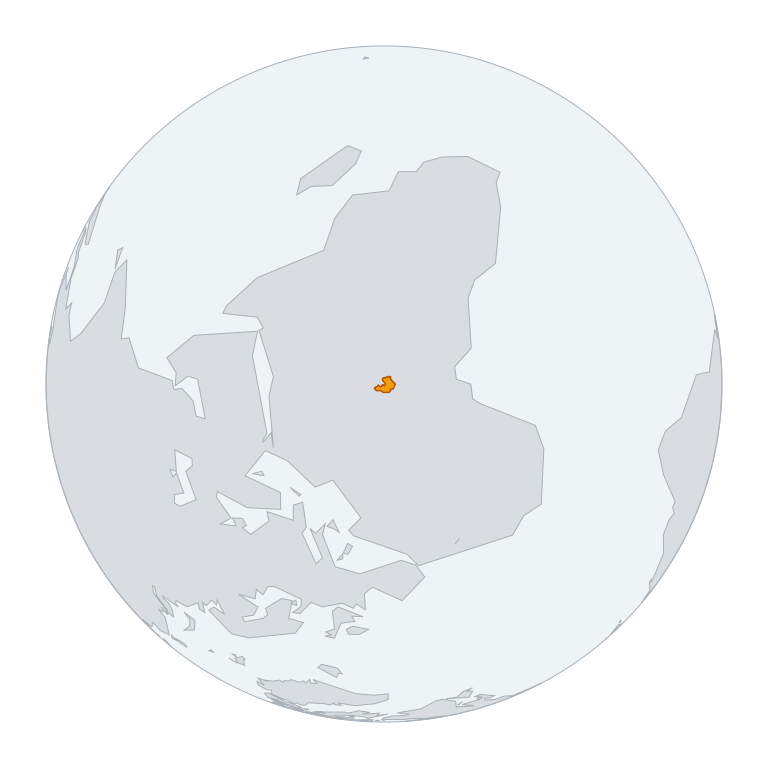 the Earth from above Guéra, rotated 208°
{"feature_id": "TCD-1474", "entity_name": "Guéra", "entity_type": "Prefecture", "adm_level": 1, "iso_a3": "TCD", "parent_name": "Chad", "parent_adm1": "", "projection": "orthographic", "projection_center": [19.056, 11.461], "detail": "fine", "context": "on_globe", "style": "filled", "palette": "amber", "viewbox_px": 768, "rotation_deg": 208, "n_neighbors": 0, "source": "natural_earth", "source_scale": "10m", "svg_char_len": 10175}
<svg xmlns="http://www.w3.org/2000/svg" viewBox="0 0 768 768"><g transform="rotate(208 384 384)"><circle cx="384" cy="384" r="338" fill="#eef3f6" stroke="#a8b0b8"/><path d="M273.4,64.7L273.8,64.7L266.0,67.5L273.1,65.2L280.2,62.8L285.6,61.2L286.6,61.3L276.8,64.4L274.9,64.9L272.5,65.9L267.2,67.6L270.4,66.8L258.4,71.3L271.5,67.2L263.0,71.2L254.7,74.2L254.0,73.3L236.1,80.2L273.4,64.7ZM206.6,96.4L194.7,104.7L185.8,110.8L174.9,119.3L180.4,115.6L190.9,107.8L198.5,104.1L210.5,96.1L215.3,93.9L228.2,86.8L227.9,88.8L220.5,94.9L209.8,101.2L206.3,104.5L217.8,99.9L199.1,114.3L189.0,129.1L183.9,133.3L171.8,137.5L168.5,132.9L152.8,142.4L164.5,137.7L151.8,150.0L150.3,153.2L151.9,153.9L157.4,150.0L153.4,155.1L140.2,160.6L143.7,156.0L147.8,154.0L146.2,152.4L137.2,158.0L131.5,164.8L124.1,169.2L119.9,174.5L115.9,179.0L123.1,170.0L110.0,186.9L104.7,193.8L118.7,174.7L134.0,156.6L150.5,139.7L168.2,124.0L186.9,109.5L206.6,96.4ZM53.5,313.8L54.0,311.7L50.3,330.9L53.7,315.4L52.2,326.5L56.1,332.8L54.9,336.6L57.6,365.5L66.6,382.2L68.6,398.0L67.0,405.9L71.4,410.9L71.6,416.7L94.6,435.1L110.9,454.6L113.4,474.6L105.7,493.7L112.5,538.9L102.4,547.5L109.2,565.0L117.5,587.4L110.2,580.8L122.0,596.0L125.8,601.8L124.2,600.1L108.7,579.9L94.7,558.7L82.4,536.4L71.8,513.3L63.0,489.5L55.9,465.1L50.8,440.2L47.5,414.9L46.1,389.6L46.7,364.1L49.1,338.8L53.5,313.8ZM69.1,261.4L67.5,265.6L67.7,265.1L69.1,261.4ZM227.6,86.4L227.8,86.6L225.3,87.8L227.6,86.4ZM232.9,83.4L229.7,84.6L231.8,83.4L233.7,82.6L232.9,83.4ZM236.3,82.3L235.8,81.1L239.5,79.1L249.8,75.0L236.3,82.3ZM282.0,62.1L274.5,64.6L279.9,62.6L282.0,62.1ZM311.6,53.9L307.0,55.0L299.3,56.9L305.7,55.4L284.1,61.3L286.2,60.6L311.6,53.9ZM288.3,60.5L289.0,60.0L299.0,57.2L299.4,57.7L296.0,58.4L288.3,60.5ZM294.2,59.0L299.3,58.1L295.5,59.6L288.2,60.8L294.2,59.0ZM301.4,56.4L306.2,55.3L303.6,56.0L301.4,56.4ZM284.7,65.8L285.3,64.6L290.5,62.9L284.7,65.8ZM301.5,57.7L302.8,57.2L304.9,56.6L307.4,56.4L301.5,57.7ZM318.8,52.5L318.5,52.6L325.0,51.3L327.6,51.0L317.3,53.0L322.9,52.0L323.7,52.0L314.4,53.8L318.8,52.5ZM316.4,54.6L304.2,58.0L301.9,60.1L297.2,61.5L301.8,57.9L316.4,54.6ZM316.0,53.9L315.2,54.5L309.7,55.6L306.9,55.8L316.0,53.9ZM333.1,50.3L331.7,50.2L334.0,49.8L333.1,50.3ZM316.8,54.9L319.7,54.2L317.3,54.9L316.8,54.9ZM329.3,51.3L328.5,51.2L331.1,50.7L329.3,51.3ZM326.2,53.0L322.3,53.9L320.3,54.0L326.2,53.0ZM328.5,52.0L332.3,51.5L321.9,53.4L327.7,52.0L328.5,52.0ZM331.9,50.9L333.2,50.6L331.9,51.0L331.9,50.9ZM336.2,52.9L323.6,55.3L319.1,55.1L332.0,52.7L336.2,52.9ZM641.0,164.5L642.6,166.5L644.7,169.0L659.8,188.7L673.3,209.4L685.3,231.0L695.7,253.5L698.5,261.3L700.8,267.4L697.9,262.0L701.6,275.6L712.7,306.8L714.9,316.9L717.3,339.0L716.1,331.5L708.7,317.4L712.6,342.1L718.4,359.2L720.6,382.2L718.5,377.0L715.7,357.1L713.0,351.5L709.9,330.1L700.3,300.8L697.9,309.1L694.4,296.7L680.9,274.6L675.4,286.1L669.0,324.3L674.2,356.7L669.3,372.9L648.4,330.3L637.2,300.5L630.8,305.1L608.4,282.9L572.8,287.6L566.8,280.4L560.3,285.2L544.4,279.3L534.8,267.4L525.5,269.4L550.9,300.8L560.7,298.9L567.5,284.6L572.8,296.4L588.1,305.3L574.7,337.7L520.4,371.2L513.5,347.3L464.1,285.3L464.7,277.9L464.4,277.1L463.7,275.7L460.8,287.8L451.8,275.8L479.8,319.2L485.2,338.7L519.6,372.7L516.8,376.9L527.4,383.5L559.4,370.7L559.9,378.8L545.8,418.4L500.0,473.8L505.3,507.3L500.5,536.1L470.2,556.9L471.1,578.1L455.2,586.6L453.0,598.5L439.2,611.7L416.8,624.2L380.7,625.4L379.8,615.0L363.8,594.5L342.2,542.8L352.8,518.5L350.1,499.4L323.8,456.5L329.7,432.4L322.3,422.2L307.3,424.6L298.6,412.4L289.4,411.9L230.9,418.5L212.4,401.7L188.8,351.9L198.8,333.2L199.6,310.9L268.2,239.8L284.0,244.4L339.5,235.7L346.6,238.3L341.4,255.0L384.2,275.1L396.3,260.7L433.7,270.9L457.6,269.3L463.7,237.8L424.5,239.5L416.3,224.9L446.7,210.6L480.8,210.8L478.7,205.3L456.0,193.9L462.7,183.6L448.0,189.3L454.8,194.6L445.8,198.9L439.1,194.4L441.7,190.6L431.1,188.6L421.3,208.8L427.2,216.4L400.1,221.1L407.2,234.6L400.3,241.4L385.6,221.3L386.1,213.7L359.7,193.4L356.7,201.5L381.4,221.7L374.2,220.2L370.3,233.0L367.6,222.2L341.4,199.7L316.1,205.0L286.0,236.4L270.8,239.1L257.3,232.7L266.3,201.2L299.1,199.1L302.8,189.5L294.5,175.9L305.2,176.9L305.8,171.6L318.1,170.8L333.7,158.3L345.9,156.9L350.5,141.8L357.4,139.4L352.7,148.7L356.0,155.1L386.1,153.7L391.4,150.4L392.0,141.1L400.2,142.6L396.9,133.9L413.5,130.1L390.5,127.9L390.6,118.7L399.7,111.7L395.6,108.6L380.7,120.3L378.5,125.6L383.2,130.4L373.6,146.5L363.5,149.5L358.0,132.4L343.2,135.4L345.4,122.3L384.3,96.3L401.3,91.9L432.5,102.0L429.5,107.2L416.7,105.8L429.9,114.9L428.2,110.3L435.0,112.1L436.8,105.0L441.7,106.0L435.0,98.1L441.2,98.5L445.4,103.5L453.3,95.0L465.9,95.1L465.3,92.9L461.1,90.4L479.8,93.0L478.6,91.3L472.0,89.7L465.2,85.5L460.5,79.6L467.2,80.8L469.8,83.0L485.4,90.4L491.3,97.2L493.5,97.2L490.0,91.7L471.0,82.6L466.3,78.8L475.9,82.3L472.0,80.7L471.8,79.2L477.8,79.2L467.6,75.2L455.8,61.6L466.3,61.4L476.1,65.3L475.0,60.5L486.9,62.9L480.8,61.1L476.1,59.0L472.3,58.1L469.0,57.2L463.6,55.6L489.0,62.8L513.8,72.0L537.8,83.1L560.9,96.1L582.8,110.8L603.6,127.2L623.0,145.1L641.0,164.5ZM246.3,276.3L244.8,282.9L246.3,276.3ZM518.5,228.0L537.9,227.7L526.4,209.4L532.9,208.1L526.6,202.8L525.4,208.2L509.6,193.8L517.0,188.0L513.2,180.4L506.5,180.3L495.6,193.8L518.1,213.8L514.9,221.8L518.5,228.0ZM56.4,332.8L56.4,337.4L55.4,336.3L56.4,332.8ZM64.3,283.1L64.4,286.4L63.2,286.1L64.3,283.1ZM66.5,268.7L64.1,281.2L61.9,283.4L63.9,275.9L64.0,276.4L66.5,268.7ZM152.6,149.7L153.5,149.4L154.0,151.2L151.5,152.4L152.6,149.7ZM170.1,149.0L163.3,157.3L166.4,151.8L161.5,154.5L162.0,147.3L181.5,135.2L172.6,141.6L170.1,149.0ZM168.1,135.6L165.6,140.6L167.6,135.6L168.1,135.6ZM297.4,146.6L302.1,149.6L298.1,155.4L282.6,160.0L288.2,151.2L297.4,146.6ZM309.6,152.7L308.4,136.2L317.9,133.6L312.8,137.6L319.2,137.6L312.6,144.3L322.9,159.2L320.1,165.6L293.1,168.7L303.5,163.8L298.3,160.7L309.6,152.7ZM288.5,107.3L288.2,102.5L309.4,102.7L307.3,107.3L291.8,111.3L285.1,108.4L288.5,107.3ZM254.7,76.2L253.2,76.2L255.9,75.0L259.5,74.2L254.7,76.2ZM284.5,65.3L264.2,76.1L261.4,76.3L252.9,83.6L242.3,87.3L248.2,82.2L233.6,91.2L234.6,88.1L225.5,94.4L239.8,82.7L240.2,81.1L243.8,81.3L253.6,77.7L257.9,75.7L270.5,69.3L276.1,65.1L286.7,61.9L292.7,60.7L292.9,61.2L286.0,62.9L291.3,62.3L281.4,65.4L284.5,65.3ZM356.6,62.0L348.4,61.6L357.4,65.3L347.6,66.6L349.3,66.9L342.7,69.4L337.6,73.3L333.0,73.6L333.0,75.1L328.7,77.1L327.2,79.4L318.3,81.0L315.7,84.1L312.9,83.1L310.9,88.3L308.4,85.3L302.6,88.3L308.0,89.7L263.9,97.2L247.2,104.3L234.7,112.4L232.2,107.3L242.3,97.2L258.7,86.3L275.1,80.8L271.0,80.1L277.6,77.5L278.1,79.2L281.3,75.2L286.9,73.6L301.4,66.9L302.7,63.3L308.0,61.2L310.3,61.9L314.1,59.4L322.1,59.6L326.1,58.3L338.0,57.7L340.1,60.7L344.4,59.1L353.7,59.2L356.6,62.0ZM339.4,52.8L344.2,54.9L341.2,56.9L321.7,57.3L317.0,58.4L304.4,59.7L309.1,57.0L312.2,56.8L316.4,56.0L313.3,57.1L318.9,55.7L323.4,55.5L329.0,54.5L329.0,55.3L339.4,52.8ZM354.0,232.0L359.3,232.6L367.6,231.7L365.3,240.2L354.0,232.0ZM335.8,216.7L340.5,215.6L341.3,226.1L335.7,226.0L335.8,216.7ZM342.5,206.5L340.7,214.7L338.4,210.2L342.5,206.5ZM357.1,147.5L362.1,146.3L362.8,148.4L360.4,151.8L357.1,147.5ZM381.4,76.9L377.2,75.4L378.5,74.6L374.9,70.1L381.9,69.4L386.8,71.8L381.4,76.9ZM457.5,243.4L451.0,249.7L447.1,247.0L450.1,245.4L457.5,243.4ZM406.2,245.1L418.3,248.6L405.4,247.4L406.2,245.1ZM388.4,75.3L386.1,73.4L391.0,74.3L388.4,75.3ZM386.8,68.7L392.5,69.3L382.3,68.8L386.8,68.7ZM554.8,661.1L554.4,663.8L550.4,664.9L554.8,661.1ZM554.0,526.3L528.0,577.4L513.4,579.1L512.4,565.1L523.1,534.7L540.8,524.5L549.9,509.9L554.0,526.3ZM718.9,429.2L718.8,427.8L719.7,421.5L719.9,420.7L718.9,429.2ZM719.6,421.5L718.5,409.1L710.7,368.3L713.7,367.1L720.5,389.5L720.3,394.7L721.0,405.1L719.6,421.5ZM721.9,383.4L721.9,381.7L721.8,376.9L721.9,383.4ZM675.5,359.5L682.0,377.3L678.8,381.6L675.5,359.5ZM704.0,276.5L704.4,279.3L702.8,274.6L701.2,268.4L704.0,276.5ZM444.8,72.8L442.0,79.2L444.7,84.7L453.4,88.7L439.9,86.5L435.8,77.9L444.8,72.8ZM453.7,62.5L446.0,60.0L450.0,60.1L452.3,60.6L453.7,62.5ZM448.6,61.7L438.0,61.0L434.1,59.0L443.2,59.9L448.6,61.7ZM413.3,66.3L412.0,68.1L408.0,67.2L413.3,66.3ZM467.1,56.8L462.8,55.7L464.4,55.9L467.1,56.8ZM451.8,53.1L453.0,53.5L449.0,52.5L451.8,53.1ZM456.1,55.0L452.1,53.4L460.0,55.7L456.1,55.0Z" fill="#d9dde1" stroke="#a8b0b8" stroke-width="1"/><path d="M373.7,383.8L374.8,382.8L375.7,382.5L375.2,381.3L375.1,381.2L375.4,380.0L375.4,379.9L375.3,379.6L375.4,379.4L376.9,378.1L377.0,378.1L377.8,378.0L377.9,377.9L378.2,377.6L378.4,377.5L380.4,376.3L380.5,376.3L384.1,376.4L384.3,376.4L384.6,376.2L386.4,375.2L387.7,374.6L389.4,375.1L390.2,375.7L390.2,375.8L390.3,375.7L390.4,375.8L390.4,376.1L390.3,376.3L390.2,376.3L389.7,376.8L389.7,377.0L389.8,377.0L390.0,377.2L390.0,377.3L389.9,377.4L389.7,377.5L389.5,377.8L389.3,378.0L389.2,378.2L389.1,378.3L388.8,378.8L388.4,379.9L388.4,380.0L388.4,380.3L387.4,380.2L386.2,379.9L385.9,379.9L384.9,380.8L385.3,381.5L384.8,382.7L384.7,382.8L384.1,383.1L383.9,383.0L383.8,382.6L383.7,382.6L383.0,382.6L382.9,382.6L382.8,384.4L382.8,384.5L383.0,384.7L383.1,384.8L383.3,384.9L383.3,385.0L383.5,385.1L383.9,385.3L384.0,385.3L384.2,385.5L384.3,385.5L384.5,385.6L384.8,385.7L384.9,385.8L385.0,385.8L385.3,386.0L385.5,386.1L385.8,386.1L385.9,386.3L386.0,386.4L386.3,386.3L386.5,386.4L386.5,386.5L386.8,386.5L387.0,386.6L387.3,386.8L387.5,387.0L387.6,387.3L387.6,388.5L387.5,389.0L387.4,389.0L387.2,389.1L387.1,389.3L386.9,389.4L386.9,389.5L386.7,389.7L386.5,389.8L386.4,389.8L386.3,389.7L386.2,389.7L386.0,389.8L385.9,389.8L385.7,390.0L385.6,390.3L385.5,390.5L385.4,390.5L385.4,390.8L385.3,391.0L385.2,391.0L385.0,391.3L384.9,391.4L384.7,391.6L384.6,391.8L384.4,391.9L384.3,392.0L384.2,392.1L384.0,392.3L383.9,392.5L383.7,392.6L383.3,392.6L382.6,392.6L382.4,392.7L382.3,393.2L382.3,393.3L382.1,393.3L381.9,393.4L381.7,393.2L381.4,393.2L381.4,392.6L381.3,392.4L381.2,392.4L381.1,392.2L380.9,392.1L380.7,391.8L380.6,391.7L380.1,391.4L379.9,391.2L379.7,391.2L379.4,391.2L379.2,391.0L379.2,390.9L378.9,390.8L378.8,390.7L378.7,390.6L378.4,390.6L378.2,390.5L377.8,390.5L377.7,390.5L377.7,390.4L377.4,390.3L377.0,389.9L376.9,389.8L375.2,389.9L373.8,389.1L373.9,388.2L373.8,386.9L373.6,385.3L373.7,383.8Z" fill="#f59e0b" stroke="#b45309" stroke-width="1.5"/></g></svg>